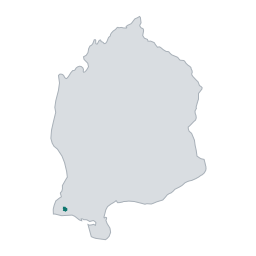 Baraganu, Constanta, Romania (highlighted), rotated 89°
{"feature_id": "2599482B12135283743765", "entity_name": "Baraganu", "entity_type": "district", "adm_level": 2, "iso_a3": "ROU", "parent_name": "Romania", "parent_adm1": "Constanta", "projection": "albers", "projection_center": [28.409, 44.093], "detail": "fine", "context": "in_parent", "style": "filled", "palette": "teal", "viewbox_px": 256, "rotation_deg": 89, "n_neighbors": 0, "source": "geoboundaries", "source_scale": "gbopen_adm2", "svg_char_len": 3980}
<svg xmlns="http://www.w3.org/2000/svg" viewBox="0 0 256 256"><g transform="rotate(89 128 128)"><path d="M203.7,146.3L206.2,149.8L209.4,151.6L216.8,153.6L217.4,153.4L217.5,153.0L217.0,152.5L216.9,151.8L217.3,151.0L218.3,151.0L219.9,151.7L223.1,150.6L227.8,147.8L232.0,147.2L236.0,148.8L238.0,150.7L239.3,152.5L238.9,154.8L238.7,156.2L237.8,162.0L237.1,164.2L236.0,166.6L223.8,169.7L224.5,168.3L224.2,165.8L223.7,164.0L224.8,162.3L222.1,161.7L220.9,162.7L219.9,164.3L220.8,167.9L219.5,170.0L219.0,171.1L218.9,173.8L218.1,175.0L218.0,176.3L219.9,175.9L219.1,178.2L215.4,182.7L214.1,185.4L214.5,196.0L212.8,202.3L212.7,204.1L208.7,204.2L207.5,204.1L203.8,203.1L199.6,201.4L197.1,198.1L195.6,195.8L192.0,196.8L191.3,196.5L190.4,195.4L187.7,194.6L184.4,194.6L177.0,190.2L176.2,189.5L170.4,190.1L161.6,192.0L154.9,194.5L147.9,198.9L145.0,202.3L141.7,204.1L137.0,205.3L128.8,204.5L120.2,202.4L111.1,200.0L106.1,200.8L99.4,199.7L89.3,196.9L81.8,195.7L74.3,196.6L73.1,195.5L72.9,194.3L73.3,192.6L74.4,191.4L76.3,190.5L77.3,189.5L77.5,188.5L75.6,186.7L71.6,184.1L70.0,182.6L69.6,182.2L69.6,180.9L68.8,179.8L67.3,179.0L66.1,177.5L65.4,175.5L65.7,173.7L67.1,172.1L68.7,171.5L70.6,171.8L71.5,171.4L71.2,170.2L69.5,168.5L66.1,166.4L62.5,167.1L58.6,170.8L56.0,171.2L54.6,168.5L51.9,166.7L47.9,165.9L45.4,164.6L44.6,163.0L43.0,161.7L39.2,160.2L39.2,159.0L39.9,158.7L41.3,158.8L43.1,158.7L43.5,158.0L43.6,157.4L42.2,156.5L40.7,155.8L40.0,155.2L39.6,154.6L39.5,154.0L40.0,153.6L40.6,153.6L41.2,153.3L41.6,151.9L42.5,150.8L43.2,150.5L43.2,149.6L42.7,148.7L41.9,148.0L40.8,147.4L37.2,145.9L35.5,144.0L34.3,143.9L32.6,142.8L30.8,141.1L29.3,138.8L27.6,137.3L27.2,136.7L27.2,136.2L27.6,135.6L27.6,135.0L27.3,132.9L27.9,130.7L28.0,128.7L28.0,127.8L27.7,127.5L27.4,127.7L26.9,128.1L26.5,128.1L25.3,126.5L23.9,123.3L22.8,122.2L20.7,120.6L19.0,119.2L17.9,116.6L16.7,114.5L17.7,113.7L23.1,113.1L25.5,114.5L26.6,114.2L27.8,113.4L28.4,112.7L28.6,111.9L29.3,111.0L31.1,110.7L35.8,111.7L37.8,110.5L38.6,109.9L39.2,108.3L39.8,107.0L41.5,106.5L41.6,105.3L41.5,103.9L42.7,101.1L43.4,100.0L44.4,99.6L45.6,98.8L47.8,97.1L47.4,95.4L47.9,94.2L50.3,91.4L52.1,88.6L52.2,87.2L52.5,85.9L54.0,84.7L55.6,83.0L58.0,77.5L58.8,76.6L60.1,75.7L61.1,74.7L61.5,71.0L62.5,70.0L64.3,68.9L66.1,67.1L67.6,65.0L68.7,64.0L70.1,63.8L71.7,63.0L73.4,62.8L75.0,63.4L76.1,63.2L77.7,62.2L82.0,58.3L82.6,57.5L83.5,57.0L86.8,55.8L87.7,54.4L88.9,53.2L90.3,53.4L94.7,56.9L99.8,57.0L100.7,57.1L101.0,57.2L101.6,57.5L108.1,59.5L109.2,59.4L109.5,59.2L112.1,60.7L114.4,60.6L116.7,59.8L119.1,59.6L121.2,60.3L122.8,62.2L126.9,66.3L128.1,67.8L130.0,67.7L132.2,67.0L134.5,64.5L141.3,61.8L146.5,61.2L151.5,60.2L157.3,59.5L159.0,57.2L160.0,55.5L160.7,52.5L163.9,51.7L166.8,51.1L167.9,50.8L170.0,50.7L171.7,51.0L174.2,52.5L176.0,54.5L176.7,56.0L178.2,58.1L179.8,61.1L181.5,65.1L181.9,67.2L182.5,69.3L183.8,72.0L186.4,75.0L186.7,75.5L187.9,77.6L190.1,82.2L192.0,84.0L193.6,86.0L194.4,88.1L195.5,89.9L198.3,92.3L200.6,94.5L202.4,100.8L203.6,103.7L204.4,106.0L204.0,110.5L204.5,112.4L203.5,115.9L201.6,123.0L201.1,128.6L201.4,131.6L201.4,133.6L201.9,134.8L202.4,137.4L202.5,139.6L201.8,140.2L200.8,140.8L200.4,141.2L201.3,142.2L202.5,144.1L203.7,146.3Z" fill="#d9dde1" stroke="#a8b0b8" stroke-width="1"/><path d="M206.5,193.6L207.0,193.6L206.9,193.7L207.0,193.7L207.2,193.8L207.5,193.8L207.6,193.7L207.8,193.5L208.0,193.5L208.3,193.5L208.5,193.5L208.8,193.6L209.1,193.7L209.2,193.4L209.2,193.2L209.2,192.9L209.0,192.7L209.2,192.4L209.3,192.4L209.3,192.2L209.5,192.0L209.6,191.9L209.4,191.8L209.4,191.7L209.2,191.6L209.2,191.4L209.1,191.2L209.1,190.9L208.9,190.8L208.7,190.8L208.6,191.0L208.4,191.0L208.3,190.9L208.1,190.9L207.8,190.9L207.7,190.9L207.7,191.0L207.6,191.3L207.6,191.5L207.4,191.4L207.3,191.7L207.3,191.8L207.3,192.1L207.3,192.3L207.2,192.3L207.0,192.2L206.9,192.2L206.7,192.2L206.6,192.3L206.4,192.4L206.3,192.5L206.4,192.8L206.5,192.8L206.6,193.0L206.6,193.3L206.5,193.5L206.5,193.6Z" fill="#14b8a6" stroke="#0f766e" stroke-width="1.5"/></g></svg>